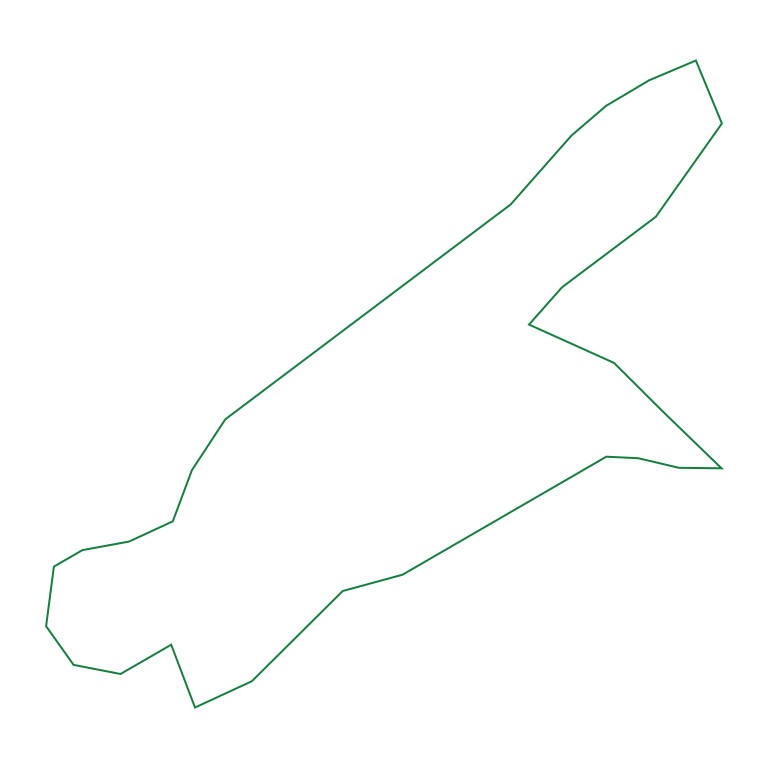 the border of Western Tobago
{"feature_id": "TTO-5090", "entity_name": "Western Tobago", "entity_type": "Region", "adm_level": 1, "iso_a3": "TTO", "parent_name": "Trinidad and Tobago", "parent_adm1": "", "projection": "natural_earth1", "projection_center": [-60.737, 11.226], "detail": "fine", "context": "isolated", "style": "outline", "palette": "green", "viewbox_px": 768, "rotation_deg": 0, "n_neighbors": 0, "source": "natural_earth", "source_scale": "10m", "svg_char_len": 481}
<svg xmlns="http://www.w3.org/2000/svg" viewBox="0 0 768 768"><path d="M721.5,468.3L678.9,467.8L638.1,458.2L606.3,456.7L402.5,574.7L342.7,591.0L251.9,681.2L195.0,707.5L171.2,644.7L120.5,674.0L73.6,664.9L46.1,626.2L53.9,566.6L82.4,550.1L129.2,541.5L172.8,521.3L191.9,470.2L225.3,419.3L510.6,204.5L571.5,135.5L606.3,105.7L649.1,80.3L695.9,60.5L721.9,123.5L655.8,216.8L562.1,287.2L529.0,324.6L614.0,362.9L662.8,411.5L721.5,468.3Z" fill="none" stroke="#15803d" stroke-width="2"/></svg>